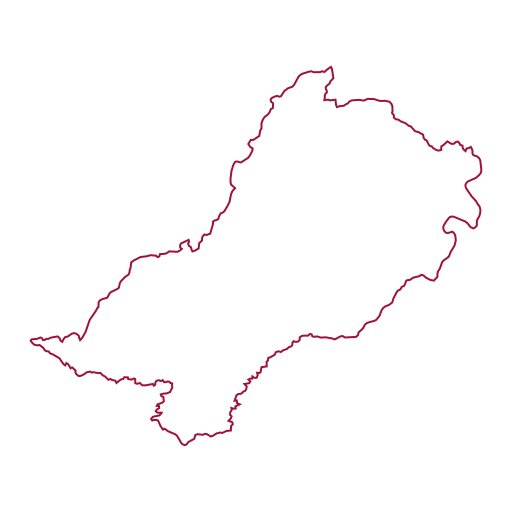 the district of São Gonçalo do Abaeté, Minas Gerais, Brazil
{"feature_id": "56859067B31558780587995", "entity_name": "São Gonçalo do Abaeté", "entity_type": "district", "adm_level": 2, "iso_a3": "BRA", "parent_name": "Brazil", "parent_adm1": "Minas Gerais", "projection": "mercator", "projection_center": [-45.579, -18.177], "detail": "fine", "context": "isolated", "style": "outline", "palette": "rose", "viewbox_px": 512, "rotation_deg": 0, "n_neighbors": 0, "source": "geoboundaries", "source_scale": "gbopen_adm2", "svg_char_len": 6030}
<svg xmlns="http://www.w3.org/2000/svg" viewBox="0 0 512 512"><path d="M330.9,66.9L327.4,69.3L324.4,72.0L322.2,71.3L320.0,72.1L313.6,72.2L311.3,71.3L309.2,71.6L301.9,73.9L299.6,75.5L298.3,77.1L294.0,85.0L292.2,86.8L288.3,88.1L284.5,90.8L280.9,96.3L279.2,96.7L277.2,95.9L274.8,96.5L271.8,98.0L270.6,99.6L271.1,101.7L273.1,103.3L272.9,108.0L270.9,109.1L269.3,112.7L267.7,114.7L264.7,116.9L263.5,118.5L262.3,121.0L261.5,123.4L261.5,128.3L260.2,130.7L259.3,135.9L254.3,139.3L252.8,140.0L250.8,139.9L248.3,144.0L250.2,146.9L252.7,148.5L252.2,151.1L249.5,156.1L247.9,158.0L241.2,162.3L239.6,162.3L237.7,161.5L235.4,161.7L234.2,163.3L233.0,165.8L231.4,171.5L230.5,178.7L230.6,182.7L231.1,184.6L235.1,188.2L232.7,190.7L231.8,192.4L231.0,194.3L229.6,201.7L227.6,205.8L224.3,211.3L222.9,212.5L220.7,213.4L219.1,216.2L218.3,219.0L216.1,220.2L214.4,220.5L213.0,221.7L213.0,224.0L210.2,233.7L206.3,235.0L204.3,234.5L202.6,236.5L202.0,238.7L202.1,240.4L199.2,243.2L198.6,248.5L194.6,250.8L192.5,251.4L191.6,250.0L191.3,248.3L190.6,246.8L189.0,246.0L188.1,243.7L189.1,241.6L188.6,239.9L180.9,243.5L180.1,245.5L180.2,247.6L181.8,248.9L180.0,250.5L177.5,251.8L169.1,251.4L167.3,252.8L165.0,253.8L160.0,254.1L159.3,256.5L157.6,257.1L156.0,255.7L150.7,255.2L145.9,256.4L140.6,257.0L133.9,260.4L131.2,262.4L130.5,268.2L129.8,269.6L129.5,272.4L128.5,274.6L124.9,277.1L120.8,281.4L119.9,283.1L118.8,287.8L117.3,289.0L110.9,292.1L109.2,294.0L108.3,296.0L107.0,297.8L102.7,299.0L100.0,300.3L98.6,302.3L98.4,307.2L97.1,308.3L96.1,310.5L89.6,320.1L85.7,331.6L82.2,337.9L80.1,340.1L79.2,337.9L78.7,335.6L76.3,333.8L74.1,333.1L72.0,333.6L67.6,336.6L65.2,337.1L63.5,339.2L62.3,341.8L60.5,340.7L59.6,338.1L57.6,336.4L50.7,337.7L48.3,338.9L46.0,338.9L44.6,340.0L42.9,340.0L42.1,338.3L40.5,337.5L37.0,338.9L31.8,339.3L30.7,340.5L31.5,342.0L34.2,344.7L37.7,345.4L39.5,345.0L43.2,347.7L44.6,350.0L46.1,351.1L48.8,351.5L49.8,353.2L53.2,354.6L59.4,358.2L63.2,363.8L65.2,365.4L66.4,363.1L68.4,364.5L70.6,368.3L72.1,367.4L75.6,370.5L75.3,372.1L76.3,374.2L78.6,376.0L80.7,375.9L84.3,374.2L86.4,372.4L90.4,371.6L91.8,372.6L93.5,372.2L98.2,373.1L100.4,372.9L102.5,375.1L105.2,376.6L108.4,379.8L110.4,378.9L111.7,379.9L115.4,380.7L116.5,383.0L120.8,379.5L123.2,378.9L124.4,377.2L127.9,377.4L128.2,379.1L132.0,379.6L133.8,378.4L135.2,379.0L135.3,383.2L137.2,383.8L139.8,383.0L142.3,385.3L145.1,385.4L152.9,384.0L153.8,385.7L155.3,384.7L155.3,382.6L156.4,380.9L158.6,380.2L160.9,381.1L162.7,380.1L164.1,382.2L165.8,382.2L167.5,381.5L169.3,381.7L170.4,383.0L172.1,383.3L172.2,388.0L171.0,389.9L170.2,392.0L166.3,393.5L163.5,393.6L160.8,394.4L161.4,396.1L163.4,397.0L163.8,401.4L162.1,402.8L157.5,404.4L156.8,405.9L158.9,406.0L159.2,408.1L156.9,409.5L155.7,411.1L157.2,412.6L161.6,412.7L160.6,414.3L159.1,415.5L152.8,416.8L151.1,418.9L152.2,420.5L153.6,420.0L156.3,419.9L158.1,420.6L160.6,426.2L163.0,429.6L164.7,428.7L168.0,431.2L175.3,434.3L177.0,435.7L181.5,443.4L183.0,444.5L184.6,445.1L186.2,444.7L188.6,441.8L194.2,438.9L195.4,435.0L197.6,434.2L202.9,434.8L205.2,433.8L207.2,434.3L210.6,436.4L212.7,435.9L216.4,433.5L220.4,432.5L222.2,433.0L226.4,431.0L230.9,430.5L231.0,426.1L232.8,424.2L232.3,422.2L228.6,420.9L230.8,418.4L231.6,416.3L230.0,414.7L230.3,412.1L231.7,410.0L231.4,408.0L233.4,408.7L235.7,408.5L235.4,406.4L239.7,404.3L237.1,403.2L236.8,400.5L234.6,400.8L236.5,395.2L238.5,394.0L240.3,393.9L242.0,393.1L243.2,391.7L245.1,390.9L246.2,389.3L246.7,386.4L244.5,384.0L249.2,383.2L250.3,381.4L248.4,379.6L250.3,378.6L252.1,378.6L252.4,376.4L254.2,377.8L256.6,377.8L257.7,375.2L257.1,372.8L259.3,373.1L260.6,372.1L261.5,367.2L266.7,366.4L266.6,361.9L267.9,360.5L268.3,357.9L270.5,357.2L274.7,354.7L275.8,352.2L278.3,351.3L280.9,352.0L283.2,350.3L286.9,349.0L288.8,347.2L291.2,346.4L292.3,345.1L292.4,342.9L293.5,341.2L295.8,341.9L298.0,341.6L299.7,340.0L299.7,337.4L301.3,336.2L303.5,335.6L307.8,335.7L310.0,334.0L311.6,334.3L312.4,336.4L314.6,336.8L317.1,336.4L320.9,337.6L325.7,337.3L332.4,338.5L334.8,339.4L340.2,336.5L342.4,336.0L345.1,337.5L356.1,336.9L358.1,335.0L358.6,332.4L362.8,328.6L364.9,324.7L366.7,323.2L368.5,322.4L374.5,320.8L376.1,320.0L379.5,315.9L381.4,310.7L382.7,308.5L384.9,306.6L389.2,304.8L392.2,302.5L393.5,298.3L396.6,292.3L397.9,290.6L399.6,289.9L400.8,288.8L401.7,286.9L403.9,286.0L405.0,284.1L406.2,280.7L408.0,280.0L409.8,280.0L413.1,277.7L419.2,276.2L421.4,274.8L423.6,275.5L425.9,277.6L430.5,280.0L433.9,280.6L437.5,276.7L437.4,273.8L437.9,271.7L440.0,268.2L442.0,262.4L443.5,260.5L447.8,257.5L449.0,256.2L450.6,252.1L454.5,245.6L455.8,240.3L455.3,235.7L454.5,233.8L452.5,231.7L448.0,233.0L445.9,232.7L444.1,230.8L443.3,228.5L443.3,226.9L444.0,225.0L446.5,221.0L449.6,217.2L451.7,216.5L453.7,216.7L465.3,221.5L467.6,223.3L470.5,227.1L473.4,228.4L475.3,227.3L476.8,225.6L476.9,220.5L479.3,216.1L480.0,213.7L480.4,211.3L480.2,208.5L479.3,206.0L478.1,204.7L476.0,201.1L471.6,196.3L466.2,188.4L465.5,186.5L465.5,184.6L466.6,182.6L468.4,181.2L475.9,177.9L478.8,175.4L480.4,173.5L481.2,171.8L481.3,169.5L480.3,160.6L479.2,158.2L477.2,156.5L473.3,155.1L472.5,153.6L472.5,151.1L471.9,148.9L470.8,146.9L468.8,148.1L466.6,148.5L465.5,151.1L463.7,149.6L462.7,147.9L462.5,145.6L460.2,144.9L459.5,143.2L458.0,141.6L455.8,142.0L453.9,143.8L451.2,143.8L447.4,141.4L443.4,145.1L441.3,146.4L441.2,150.0L438.5,150.6L436.2,150.0L432.8,147.8L431.7,146.3L429.9,146.0L428.7,144.6L426.7,140.5L424.9,139.6L423.6,137.7L423.1,134.7L418.7,132.2L415.1,131.2L410.8,126.4L408.7,125.8L405.3,123.1L400.6,121.3L398.4,119.6L395.9,119.3L393.9,117.6L393.8,115.1L392.0,112.9L392.5,111.2L392.4,106.3L391.4,103.8L389.4,101.7L384.6,100.7L382.0,101.0L379.3,100.8L374.2,99.1L367.3,98.9L365.3,100.1L363.2,100.6L359.9,99.9L353.7,100.2L351.3,100.5L349.3,101.7L347.8,103.4L345.5,104.5L343.7,105.8L340.0,106.1L336.9,107.1L336.0,104.6L335.5,99.7L329.8,100.4L328.4,99.7L324.3,100.1L324.8,98.0L324.7,95.7L325.4,93.9L326.9,92.4L326.7,90.6L325.9,89.1L325.7,87.3L326.7,85.9L329.8,83.3L330.2,81.5L333.4,78.2L331.9,68.7L330.9,66.9Z" fill="none" stroke="#9f1239" stroke-width="2"/></svg>